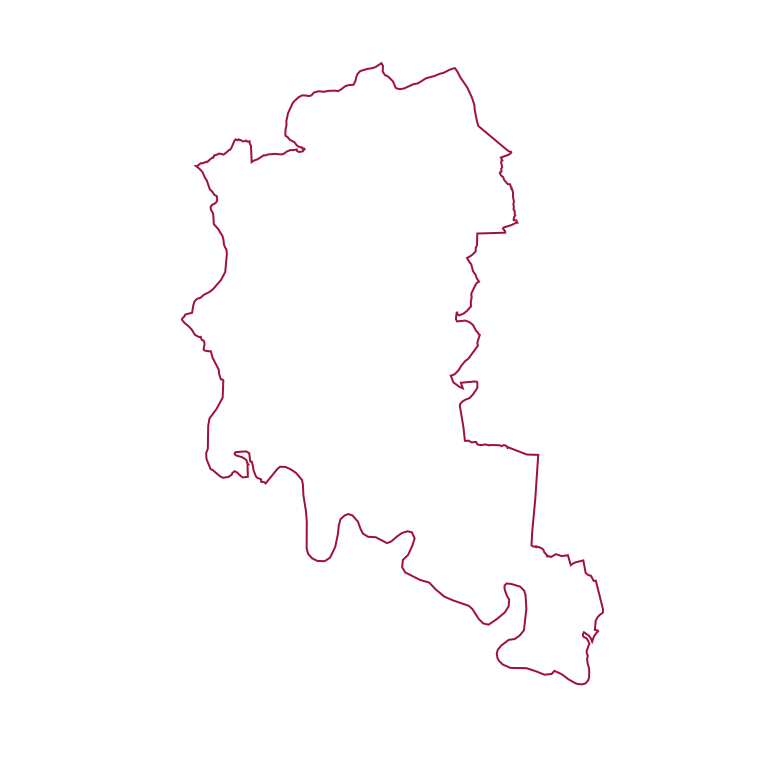 the district of Ion Creanga, Neamt, Romania, rotated 264°
{"feature_id": "2599482B59992894618457", "entity_name": "Ion Creanga", "entity_type": "district", "adm_level": 2, "iso_a3": "ROU", "parent_name": "Romania", "parent_adm1": "Neamt", "projection": "robinson", "projection_center": [27.026, 46.861], "detail": "fine", "context": "isolated", "style": "outline", "palette": "rose", "viewbox_px": 768, "rotation_deg": 264, "n_neighbors": 0, "source": "geoboundaries", "source_scale": "gbopen_adm2", "svg_char_len": 6142}
<svg xmlns="http://www.w3.org/2000/svg" viewBox="0 0 768 768"><g transform="rotate(264 384 384)"><path d="M92.3,558.3L95.3,557.5L97.6,557.7L104.5,561.2L109.4,559.2L110.8,557.7L111.0,556.8L112.6,555.6L114.3,555.6L116.2,556.9L112.4,561.3L110.2,562.8L106.0,564.1L111.2,566.5L114.8,569.8L115.5,571.1L116.5,570.8L117.5,568.0L126.5,569.8L129.7,572.0L131.7,574.2L133.5,577.5L134.3,578.0L137.5,578.2L166.3,574.1L166.2,572.0L171.7,569.7L172.6,567.3L174.9,564.8L187.7,563.8L186.7,556.4L185.8,553.3L184.3,550.8L194.5,549.0L194.3,542.6L196.8,537.2L194.5,532.1L195.3,530.8L195.3,529.5L196.1,528.8L195.6,528.3L198.5,527.0L199.9,525.8L202.2,525.3L203.6,524.3L205.3,521.6L205.9,519.9L205.8,519.2L206.2,519.2L206.7,518.3L206.2,517.9L206.6,517.6L206.5,516.0L208.0,513.8L221.8,516.0L253.2,522.3L297.4,530.0L298.9,518.7L308.0,501.0L307.5,500.2L309.6,499.2L310.3,498.0L310.7,496.6L309.9,494.3L311.0,492.7L312.2,483.5L311.9,482.6L313.3,478.5L313.1,474.6L313.6,471.9L314.1,470.7L316.8,469.4L316.8,464.8L318.9,462.2L318.7,460.5L319.1,458.5L332.3,458.5L354.7,457.1L356.0,457.6L358.3,459.9L360.0,463.6L361.0,467.5L364.3,471.4L368.9,475.3L370.9,476.5L375.9,477.0L376.4,476.7L377.0,475.1L377.2,460.6L371.5,461.9L373.4,458.6L378.3,453.2L385.3,451.3L386.2,455.2L390.0,459.7L394.0,462.7L398.1,466.9L400.5,470.7L412.3,481.4L415.4,481.1L422.8,484.4L423.6,483.4L425.7,482.6L426.9,481.3L433.5,478.6L436.6,475.4L438.6,471.5L438.6,463.2L441.0,462.3L447.0,463.6L447.4,464.1L445.3,464.6L444.4,466.0L445.8,470.7L448.2,474.4L452.1,478.6L456.5,478.9L461.2,480.3L463.9,480.1L465.4,480.6L473.5,485.7L474.9,486.9L475.8,489.2L479.9,487.1L482.7,486.6L487.0,484.3L493.9,483.3L496.3,481.7L500.6,479.7L502.7,484.4L506.2,489.0L509.7,489.4L512.3,491.0L523.9,492.5L521.8,520.4L523.4,520.4L526.0,518.5L527.1,519.3L528.7,527.1L530.6,532.5L530.5,533.5L532.9,532.6L533.3,530.2L533.7,530.0L536.4,530.8L538.0,532.2L539.5,531.7L542.5,532.1L543.4,531.3L544.6,531.1L546.5,531.7L548.9,531.4L551.9,532.3L555.8,531.9L561.3,532.3L563.9,531.9L564.6,531.0L565.8,531.5L566.6,530.8L569.4,530.3L569.9,527.9L574.4,524.8L577.2,524.2L578.9,522.4L581.6,521.2L582.3,521.4L583.1,523.1L585.5,523.0L587.3,524.2L592.0,523.6L593.3,524.0L593.9,525.1L597.0,523.9L598.9,531.8L600.0,533.9L601.1,534.8L601.5,534.7L602.4,532.4L604.1,530.6L630.8,504.7L636.6,503.8L648.1,502.8L651.8,503.1L659.5,501.4L670.0,497.9L681.1,491.9L686.4,489.9L690.4,487.8L690.8,487.2L689.8,482.5L687.3,475.9L686.7,472.0L685.0,466.2L683.7,457.9L679.4,449.0L679.2,445.0L675.9,435.1L675.5,431.1L676.4,428.0L677.5,426.5L684.1,424.5L688.9,420.6L690.4,419.0L690.7,417.7L691.3,417.1L694.9,415.4L700.5,416.2L703.4,415.0L700.0,408.6L699.2,403.9L699.1,400.4L697.7,393.1L695.2,390.2L691.7,388.3L688.7,387.4L684.8,385.0L684.9,380.4L684.4,376.9L681.4,372.0L680.1,368.9L680.9,365.8L681.3,359.5L680.9,355.1L682.0,349.3L681.2,344.8L678.8,342.2L678.3,340.8L678.4,338.3L679.0,337.0L679.6,332.7L678.1,328.9L674.4,324.0L673.0,322.6L663.4,316.9L655.8,314.4L651.2,314.0L648.0,312.8L642.1,311.9L640.8,312.3L639.9,313.8L636.7,315.8L634.0,320.1L630.4,322.2L628.4,324.8L628.0,326.9L626.8,327.3L626.7,329.0L625.8,329.5L625.5,328.3L624.6,328.2L623.9,327.5L623.6,323.7L624.8,321.9L626.4,321.8L626.0,318.0L626.5,315.9L625.6,312.2L623.5,308.5L623.1,306.8L623.2,304.7L624.3,299.7L624.4,292.8L623.7,289.7L624.1,288.5L620.7,281.8L619.7,277.6L618.5,275.6L634.8,276.6L637.1,275.6L639.4,275.7L639.2,273.9L640.5,272.2L640.0,271.8L640.1,268.6L641.2,267.6L641.7,266.5L641.5,266.1L642.5,265.1L641.7,263.6L642.8,262.2L641.7,260.8L634.6,256.8L633.0,255.4L632.8,254.0L632.0,253.3L628.9,248.5L630.2,245.0L630.3,243.2L629.7,242.6L629.0,238.9L627.9,238.7L627.3,237.6L626.8,237.5L626.9,236.8L625.6,234.5L623.7,232.2L623.7,231.4L623.2,231.0L623.6,230.5L622.8,228.1L623.0,227.5L622.4,226.6L622.7,224.8L620.4,221.2L620.4,219.8L617.5,222.8L613.8,225.6L607.3,227.7L605.1,229.0L595.8,231.1L593.5,233.2L590.0,234.9L588.2,237.4L584.4,237.3L582.6,236.5L581.1,234.6L580.5,232.4L578.7,230.2L575.6,230.0L571.5,231.9L560.7,231.5L555.9,235.0L548.1,238.8L544.9,239.4L539.7,239.4L536.4,240.2L534.5,241.3L529.6,241.3L512.0,237.8L504.4,232.7L496.4,224.1L493.8,220.2L491.6,214.2L489.1,210.8L488.0,206.6L486.1,204.3L481.9,202.5L474.9,200.6L473.9,193.7L471.8,192.3L470.6,190.5L469.3,189.8L468.0,190.3L465.4,192.2L462.0,195.6L458.2,198.5L452.7,201.1L450.0,205.0L450.1,206.6L447.0,207.3L446.0,209.1L444.1,209.7L442.1,209.6L437.4,208.2L436.3,208.7L435.2,211.5L434.6,215.2L427.9,216.3L415.4,221.2L411.1,221.1L406.4,222.1L405.5,222.5L405.3,223.9L404.4,224.6L387.3,222.1L376.5,214.7L368.1,206.9L360.8,204.8L338.0,202.0L333.8,199.9L328.0,199.6L317.6,202.6L316.4,204.5L309.3,211.4L307.6,214.1L307.8,219.5L309.8,223.2L311.4,223.9L312.9,226.3L311.4,228.6L307.2,232.1L305.8,234.0L306.0,238.9L318.5,239.9L318.4,240.5L320.3,239.5L322.3,239.4L324.3,237.6L326.1,235.1L328.4,229.4L329.8,228.2L331.0,228.4L331.7,229.1L331.5,237.6L331.3,240.0L329.3,242.7L320.8,242.9L320.6,244.3L316.0,245.1L311.9,245.2L305.4,247.0L303.8,248.3L302.3,251.5L301.8,251.9L299.6,251.6L299.0,254.4L297.5,255.9L310.8,269.2L312.6,272.0L311.8,277.4L308.5,282.8L304.7,287.3L297.0,292.5L292.0,292.8L281.7,292.2L265.6,293.1L254.9,292.8L228.7,289.9L223.0,290.8L218.1,294.3L215.0,299.3L214.0,306.4L216.8,312.1L226.9,318.4L239.3,322.4L248.2,324.3L254.1,326.6L257.3,331.0L258.4,334.7L256.7,338.8L249.8,343.7L242.0,345.6L237.4,347.4L233.7,352.2L232.5,359.7L225.4,370.4L226.7,374.8L230.9,380.9L233.9,386.2L235.1,392.0L233.6,396.2L227.2,398.3L220.5,395.4L211.5,390.1L207.1,384.4L200.0,382.9L194.4,385.4L185.4,399.3L181.8,408.2L174.5,413.8L166.3,421.7L161.5,430.2L154.5,445.2L150.8,448.5L140.3,453.7L135.5,457.7L133.7,462.8L135.2,465.7L138.6,471.9L144.1,480.2L149.8,484.7L156.5,486.0L160.1,484.2L165.7,482.8L168.3,482.5L171.1,482.9L172.8,485.2L171.7,490.1L168.2,498.3L163.8,501.8L159.0,502.7L145.5,502.1L124.4,497.4L119.7,492.7L116.7,487.4L116.5,481.3L111.6,473.2L107.7,469.3L103.8,467.9L99.0,468.3L96.0,469.9L92.5,472.9L88.4,480.2L86.5,496.0L82.1,505.7L78.1,513.2L78.1,520.4L80.9,523.5L76.8,530.4L71.2,536.4L66.6,542.7L65.4,545.3L64.6,549.4L65.1,553.1L67.9,556.0L70.7,557.3L79.3,558.3L84.9,557.3L89.6,557.2L92.3,558.3Z" fill="none" stroke="#9f1239" stroke-width="2"/></g></svg>